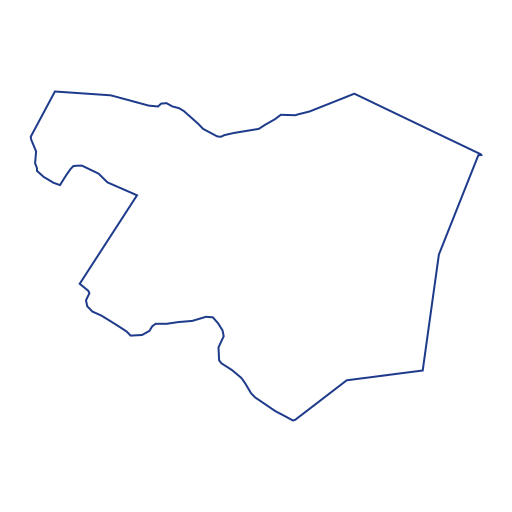 outline of Bissee, Castries, Saint Lucia
{"feature_id": "8701671B13263124861718", "entity_name": "Bissee", "entity_type": "district", "adm_level": 2, "iso_a3": "LCA", "parent_name": "Saint Lucia", "parent_adm1": "Castries", "projection": "orthographic", "projection_center": [-60.976, 14.022], "detail": "fine", "context": "isolated", "style": "outline", "palette": "blue", "viewbox_px": 512, "rotation_deg": 0, "n_neighbors": 0, "source": "geoboundaries", "source_scale": "gbopen_adm2", "svg_char_len": 1420}
<svg xmlns="http://www.w3.org/2000/svg" viewBox="0 0 512 512"><path d="M481.3,155.0L481.0,154.4L448.8,139.0L355.6,94.3L354.3,93.7L309.8,111.4L303.6,113.0L299.8,113.9L297.6,114.5L295.3,115.2L291.1,115.1L280.8,114.8L274.8,119.3L265.9,124.3L258.7,128.9L245.8,131.0L242.3,131.6L233.7,133.0L226.7,134.6L224.4,135.1L223.6,135.5L220.8,136.8L217.2,136.4L205.0,129.9L203.1,128.9L198.3,123.9L183.8,111.0L178.9,108.1L175.3,107.2L172.5,106.5L166.4,103.1L165.0,103.3L161.2,103.6L160.2,104.5L158.0,106.5L148.7,105.6L112.5,95.8L110.5,95.3L54.9,91.5L30.7,136.8L31.3,139.9L35.3,149.5L36.1,151.4L35.4,159.5L35.3,160.6L35.2,161.8L35.1,163.3L36.7,167.4L37.0,169.0L37.0,170.9L40.0,173.6L43.9,177.1L45.9,178.2L53.5,182.8L54.1,183.0L60.0,185.1L64.1,178.5L66.4,174.9L67.1,173.9L70.4,169.2L73.3,166.1L77.0,165.7L81.9,165.7L82.5,165.9L98.7,173.7L103.5,178.5L107.4,182.3L109.1,183.1L109.8,183.4L137.0,195.3L79.7,283.8L80.8,284.7L88.3,290.8L89.4,293.2L86.0,300.3L87.2,306.2L92.3,311.5L101.4,315.6L115.7,324.4L126.6,331.5L130.6,335.6L142.0,335.0L149.4,330.9L152.3,326.2L155.7,323.8L166.6,323.8L178.0,322.1L192.3,320.9L206.0,316.8L212.8,317.3L218.0,323.2L222.5,330.3L223.7,336.2L218.5,347.4L219.1,360.3L221.4,363.3L232.3,370.3L241.4,378.0L244.8,382.7L248.3,388.6L251.1,393.3L255.1,397.4L275.1,411.0L293.0,420.5L295.2,419.8L346.7,380.3L400.9,373.3L422.7,370.5L438.9,254.5L478.3,155.3L481.3,155.0Z" fill="none" stroke="#1e3a8a" stroke-width="2"/></svg>